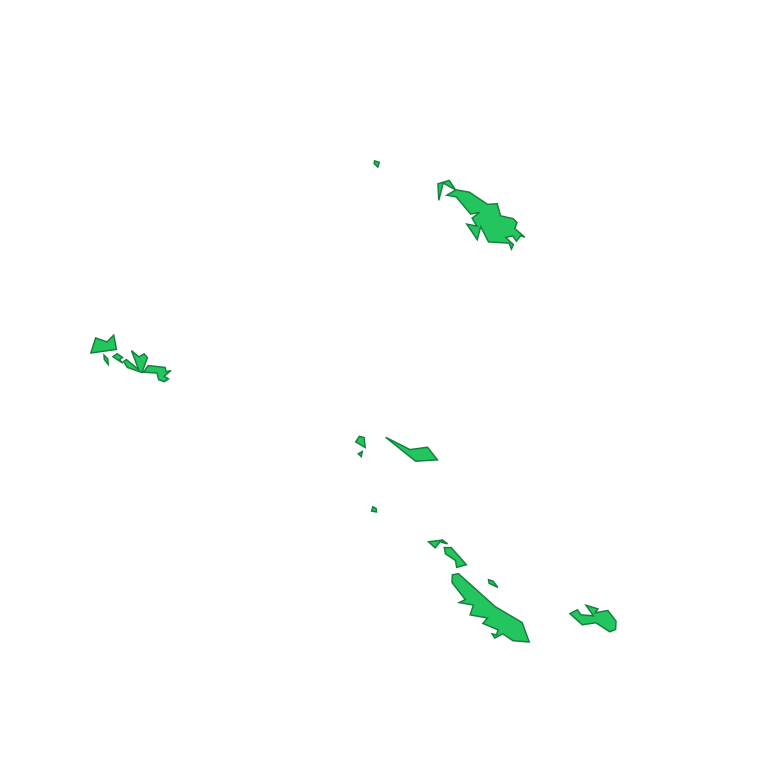 Samarai-Murua District, Milne Bay, Papua New Guinea (Mercator projection), rotated 16°
{"feature_id": "67681753B57356093785831", "entity_name": "Samarai-Murua District", "entity_type": "district", "adm_level": 2, "iso_a3": "PNG", "parent_name": "Papua New Guinea", "parent_adm1": "Milne Bay", "projection": "mercator", "projection_center": [152.452, -10.176], "detail": "medium", "context": "isolated", "style": "filled", "palette": "green", "viewbox_px": 768, "rotation_deg": 16, "n_neighbors": 0, "source": "geoboundaries", "source_scale": "gbopen_adm2", "svg_char_len": 1972}
<svg xmlns="http://www.w3.org/2000/svg" viewBox="0 0 768 768"><g transform="rotate(16 384 384)"><path d="M413.3,176.1L399.6,177.5L392.4,185.2L401.8,184.2L420.5,196.8L428.5,192.6L423.0,200.3L429.7,206.6L419.5,207.5L433.9,219.6L433.6,206.1L445.3,218.6L465.5,214.1L469.3,219.2L470.0,214.4L460.6,209.5L467.0,206.2L471.9,210.2L474.4,203.8L478.9,204.1L466.9,198.6L467.3,192.1L462.4,189.5L449.7,190.2L443.1,179.5L434.0,182.8L413.3,176.1ZM507.8,545.8L502.3,548.6L504.1,556.1L521.6,568.8L516.5,573.4L530.9,571.8L530.4,582.2L548.0,580.4L545.0,586.9L561.4,588.9L561.3,594.1L556.8,594.4L560.5,597.7L567.0,591.4L578.7,595.2L594.7,592.0L582.5,575.2L552.3,567.4L507.8,545.8ZM661.6,540.0L650.2,545.7L651.6,541.2L639.2,541.0L649.2,549.1L636.9,551.6L632.1,547.7L626.0,553.5L641.0,560.8L653.4,555.1L669.3,560.0L674.3,556.1L672.4,548.0L661.6,540.0ZM443.2,432.8L427.1,439.9L400.3,434.8L435.7,449.5L456.3,442.2L443.2,432.8ZM93.7,435.0L117.3,424.5L110.7,411.5L106.1,419.9L94.1,419.2L93.7,435.0ZM169.0,428.4L152.2,431.3L149.6,439.0L162.8,436.0L166.2,442.0L172.3,442.3L175.4,438.5L170.5,437.1L175.5,429.8L171.3,432.3L169.0,428.4ZM145.1,421.1L140.8,425.5L132.1,421.5L144.1,437.8L129.6,431.5L127.5,434.2L132.7,438.8L148.2,439.7L149.3,423.9L145.1,421.1ZM493.6,522.7L487.0,524.6L490.0,530.3L501.3,533.9L504.4,540.2L513.0,535.0L493.6,522.7ZM390.6,170.3L380.7,176.7L386.0,192.3L385.5,174.5L399.1,177.6L390.6,170.3ZM379.6,440.9L374.7,441.1L372.8,447.5L383.4,450.2L379.6,440.9ZM482.2,518.3L470.3,523.4L478.3,527.4L482.2,518.3ZM119.1,428.5L115.9,432.4L127.1,436.0L123.1,433.5L125.4,430.5L119.1,428.5ZM538.4,543.3L540.0,546.6L549.5,548.2L543.3,543.5L538.4,543.3ZM318.3,177.1L318.4,172.3L313.5,172.1L313.8,174.9L318.3,177.1ZM489.2,520.1L483.2,517.9L483.2,520.3L489.2,520.1ZM106.9,433.4L108.3,437.4L113.5,441.2L111.4,435.9L106.9,433.4ZM407.1,505.1L407.1,509.6L412.0,509.1L410.8,505.9L407.1,505.1ZM382.2,460.0L381.7,454.9L378.5,458.2L382.2,460.0Z" fill="#22c55e" stroke="#15803d" stroke-width="1.5"/></g></svg>